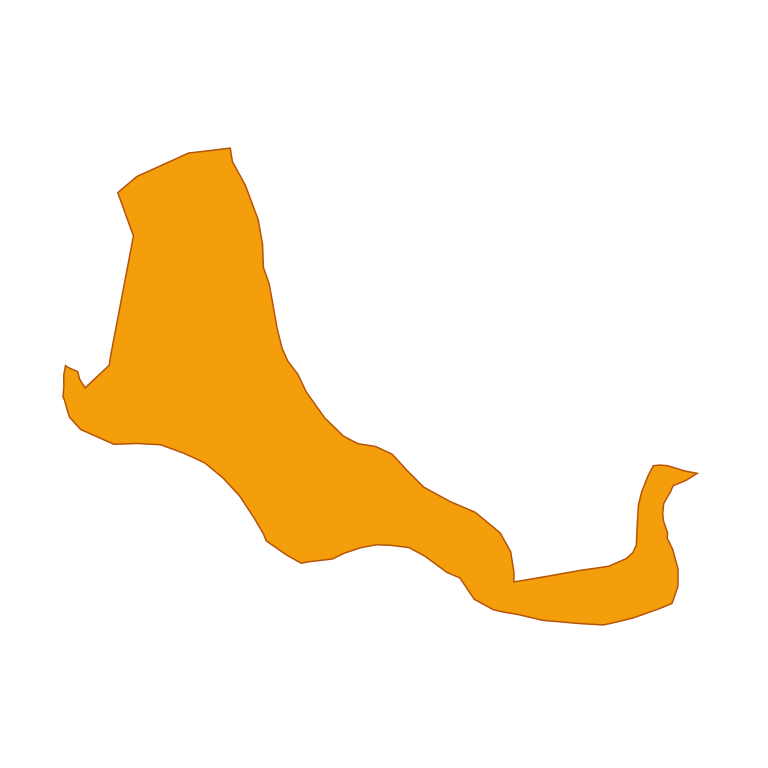 Caico/Millet, Anse-la-Raye, Saint Lucia, rotated 95°
{"feature_id": "8701671B86605125061107", "entity_name": "Caico/Millet", "entity_type": "district", "adm_level": 2, "iso_a3": "LCA", "parent_name": "Saint Lucia", "parent_adm1": "Anse-la-Raye", "projection": "robinson", "projection_center": [-60.992, 13.921], "detail": "fine", "context": "isolated", "style": "filled", "palette": "amber", "viewbox_px": 768, "rotation_deg": 95, "n_neighbors": 0, "source": "geoboundaries", "source_scale": "gbopen_adm2", "svg_char_len": 1921}
<svg xmlns="http://www.w3.org/2000/svg" viewBox="0 0 768 768"><g transform="rotate(95 384 384)"><path d="M467.6,647.9L464.7,624.1L464.0,601.2L470.4,577.5L478.3,555.5L491.9,535.9L508.3,517.9L529.1,501.5L544.1,490.9L550.5,487.7L562.7,466.4L569.8,450.9L567.7,443.5L562.7,419.9L556.2,409.2L549.1,392.9L544.8,377.4L544.1,362.7L544.8,344.7L551.9,328.4L566.3,304.7L570.5,291.6L590.6,275.3L599.2,255.7L600.6,246.7L602.0,230.3L605.6,205.0L605.6,167.4L604.9,144.6L602.7,137.2L595.6,116.0L584.1,90.7L577.6,78.1L574.2,77.1L570.7,76.2L559.8,73.5L550.1,74.3L542.8,74.9L523.4,82.1L522.2,82.8L512.8,88.5L507.7,88.5L496.5,93.5L490.8,94.7L489.6,95.0L478.9,95.0L472.6,92.1L466.4,89.2L460.1,87.1L457.6,82.2L453.8,74.9L445.7,64.2L445.4,67.0L444.4,77.1L442.6,85.3L440.7,94.2L440.7,102.1L441.4,105.5L441.9,108.5L448.3,111.3L452.0,112.8L468.9,117.9L482.7,120.0L485.8,119.9L507.1,119.3L512.6,119.0L522.8,118.6L527.3,120.3L530.3,121.4L536.9,127.6L546.0,144.3L550.5,163.5L552.2,170.8L554.2,178.3L564.1,215.2L567.7,229.0L569.8,237.4L564.8,237.7L560.4,238.1L540.3,243.1L531.9,248.7L522.2,255.3L504.0,281.7L495.2,308.2L485.2,331.0L483.3,335.4L481.9,337.1L468.3,353.3L455.1,367.7L453.2,369.8L447.0,386.9L446.0,401.1L445.7,404.8L442.5,412.6L439.4,419.9L423.1,439.9L417.9,444.4L398.7,460.7L381.8,470.7L375.4,476.5L369.2,482.1L364.4,484.7L357.3,488.6L346.4,492.4L336.7,495.7L325.6,498.6L314.7,501.5L294.0,507.2L278.4,514.3L255.2,517.2L251.3,518.3L231.4,523.6L207.9,534.8L198.2,539.4L175.6,554.4L166.1,556.8L162.4,557.7L165.8,573.9L171.0,598.9L183.1,620.4L198.8,648.3L216.6,665.9L258.4,646.5L378.7,658.7L389.3,659.4L402.9,671.6L413.9,681.4L405.6,687.7L401.9,689.0L398.3,690.3L397.0,694.3L396.3,696.5L395.4,698.9L394.9,700.4L393.4,702.9L402.9,703.8L414.7,702.7L424.6,702.7L425.6,702.2L426.7,701.8L427.1,701.2L436.0,697.9L444.5,694.4L455.8,682.2L460.5,668.5L465.5,653.9L467.1,649.2L467.6,647.9Z" fill="#f59e0b" stroke="#b45309" stroke-width="1.5"/></g></svg>